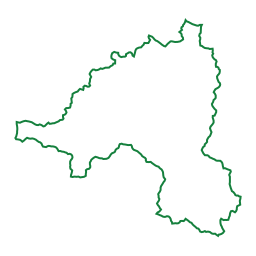 the district of Ouro Preto, Minas Gerais, Brazil
{"feature_id": "56859067B58463943509301", "entity_name": "Ouro Preto", "entity_type": "district", "adm_level": 2, "iso_a3": "BRA", "parent_name": "Brazil", "parent_adm1": "Minas Gerais", "projection": "albers", "projection_center": [-43.625, -20.396], "detail": "fine", "context": "isolated", "style": "outline", "palette": "green", "viewbox_px": 256, "rotation_deg": 0, "n_neighbors": 0, "source": "geoboundaries", "source_scale": "gbopen_adm2", "svg_char_len": 5808}
<svg xmlns="http://www.w3.org/2000/svg" viewBox="0 0 256 256"><path d="M22.3,141.7L23.9,140.6L25.6,138.9L27.1,137.8L29.0,138.5L30.9,138.7L32.1,138.4L33.9,138.8L35.9,139.7L37.3,140.9L38.9,142.0L40.1,142.3L41.5,143.5L42.2,145.3L43.0,146.6L46.1,147.1L47.2,146.4L48.4,145.9L49.8,146.0L51.2,146.4L52.9,146.4L54.7,146.8L55.9,147.3L57.1,148.5L58.6,151.1L60.3,151.0L62.0,151.6L63.8,151.8L65.2,152.4L66.5,152.7L68.0,154.1L69.7,153.8L71.1,154.4L72.1,155.5L72.5,157.2L72.1,158.6L71.1,159.8L70.2,161.4L70.1,163.8L70.4,165.4L70.1,166.7L70.4,168.7L72.2,170.4L71.9,172.0L71.5,173.6L71.0,175.0L70.9,176.6L72.5,177.0L74.4,176.6L76.4,176.8L78.5,176.6L80.2,177.4L84.1,176.8L85.8,175.8L85.8,173.9L86.1,172.1L85.9,170.2L87.1,169.2L89.1,168.8L90.2,167.4L90.3,166.0L89.9,164.4L89.9,162.4L90.7,161.3L91.3,159.8L93.5,157.9L95.4,156.8L97.6,157.4L99.2,158.1L100.4,158.3L101.9,158.3L103.3,159.0L106.5,158.8L108.5,157.9L109.8,156.2L110.8,154.5L112.1,153.2L113.7,152.6L114.9,151.8L115.7,149.7L117.0,148.6L118.3,148.1L118.9,146.9L119.2,145.3L119.8,144.1L121.7,143.7L123.1,144.3L125.1,144.5L128.2,145.1L131.0,144.9L131.8,146.0L132.1,147.6L132.8,148.8L133.8,149.8L137.4,151.2L138.6,152.3L141.2,154.5L142.1,156.0L143.5,157.0L145.1,157.9L145.9,159.0L145.8,160.4L146.5,161.9L148.6,162.1L150.7,161.9L152.1,163.1L155.6,165.6L157.2,166.3L158.6,166.7L159.8,168.2L161.6,169.5L162.4,170.8L163.0,172.2L163.3,175.5L163.7,177.3L165.2,179.2L164.6,180.9L163.7,181.9L162.1,184.6L161.1,186.1L160.6,187.6L160.6,189.9L159.9,191.6L159.1,192.6L158.2,194.1L158.6,195.8L158.6,197.5L159.4,199.0L158.9,200.6L157.9,202.0L157.0,203.5L158.0,205.3L158.9,206.2L159.8,208.0L161.0,209.5L160.1,210.7L159.1,211.7L157.6,212.4L156.5,213.8L158.5,214.5L160.0,215.2L161.4,215.7L162.7,216.5L164.2,216.9L165.5,216.8L166.9,216.2L168.7,216.5L169.9,217.6L170.7,219.1L171.0,220.8L171.9,222.0L172.2,223.6L175.6,223.2L176.8,223.4L178.1,223.3L179.6,222.4L180.4,221.0L182.0,220.9L183.7,221.1L184.7,220.1L185.6,218.8L188.4,220.8L189.9,222.2L191.5,222.8L192.7,224.5L194.1,225.8L195.4,226.8L196.9,228.3L198.4,228.6L199.3,229.8L200.1,231.5L201.6,232.1L203.3,231.8L204.9,231.1L206.0,231.9L208.0,231.6L209.9,232.0L210.9,232.8L212.1,233.6L213.4,233.8L215.1,233.7L216.5,234.8L218.1,235.9L218.8,234.6L220.1,234.4L221.5,233.9L223.1,232.8L224.2,231.2L223.1,229.5L222.2,227.9L221.7,226.4L221.0,225.3L220.5,223.4L220.4,221.9L220.4,220.1L221.2,218.7L223.6,220.1L224.9,219.9L226.6,220.0L228.3,219.8L229.2,216.9L229.8,215.7L229.9,214.4L230.2,213.0L231.0,211.2L232.5,210.9L235.0,212.3L236.1,211.1L236.8,209.4L236.8,208.0L237.2,206.2L240.2,204.7L239.8,200.9L240.4,198.7L240.6,196.7L239.0,196.3L237.9,195.5L236.6,195.6L235.4,195.1L234.7,193.7L233.4,192.1L231.9,191.1L231.4,189.6L230.8,188.1L229.6,184.0L229.9,182.2L229.9,176.7L229.2,174.9L229.9,173.4L230.8,171.7L230.4,170.3L227.8,169.4L225.0,168.2L223.5,168.4L222.8,165.9L222.6,164.3L222.2,162.9L221.4,161.7L220.3,160.8L216.9,160.7L215.7,160.3L214.6,159.4L213.0,158.8L211.4,158.0L209.6,157.3L208.7,156.0L207.6,155.3L204.9,155.2L203.4,153.4L201.7,150.1L202.4,148.4L203.2,147.0L204.6,146.0L204.8,144.3L206.0,143.2L207.1,141.9L207.0,140.1L207.6,138.8L208.6,137.2L209.9,136.1L210.6,134.6L211.5,132.1L210.7,130.4L210.0,128.3L210.5,126.7L212.6,124.2L213.6,122.6L213.6,120.6L212.7,117.6L212.8,115.9L214.6,115.6L216.2,112.1L216.2,110.4L214.6,108.9L213.3,107.2L212.3,105.7L211.9,104.0L213.1,102.0L213.6,100.0L214.7,99.1L215.7,97.9L215.7,95.4L214.9,93.7L213.7,92.2L214.4,90.8L215.4,89.2L218.1,87.7L219.2,86.8L220.0,85.5L220.2,84.3L219.8,83.0L218.6,81.9L217.2,78.3L217.0,76.5L217.8,75.2L218.7,74.3L219.5,73.1L219.8,71.5L219.8,69.9L218.8,69.1L218.4,67.6L217.4,66.9L216.1,66.9L215.8,65.6L215.8,63.7L216.6,61.5L215.8,60.0L214.6,59.4L213.5,58.2L212.7,57.1L212.2,55.2L213.2,53.7L212.5,52.4L212.8,50.6L212.6,48.7L209.7,49.0L208.5,48.4L207.0,48.3L204.9,48.0L203.3,47.1L202.2,46.1L200.3,45.5L200.0,42.6L199.7,40.9L200.2,39.4L200.3,37.7L199.2,35.9L199.7,33.9L200.7,32.9L201.0,26.7L201.8,24.9L199.8,24.9L198.2,25.7L196.9,25.6L195.6,25.2L192.3,24.1L190.9,23.3L189.7,22.7L188.5,22.0L186.7,21.4L185.6,20.1L185.0,22.2L184.0,24.1L183.1,25.0L182.9,26.3L181.5,27.3L181.3,28.7L182.0,29.9L180.9,30.8L179.4,32.0L180.8,33.1L181.6,34.2L181.7,36.1L182.9,37.6L183.1,39.4L180.1,41.4L177.5,41.9L175.0,42.0L171.7,41.3L170.5,41.4L167.7,43.8L165.4,46.4L164.1,46.1L161.7,44.5L160.7,43.6L158.3,41.8L157.1,41.0L155.7,40.5L154.4,39.3L153.3,37.9L152.0,36.7L150.4,36.1L149.0,35.5L148.5,36.8L149.0,38.4L150.1,39.9L148.4,43.0L146.3,43.1L144.4,42.9L143.6,44.7L142.4,45.8L141.2,47.3L139.0,47.6L137.2,48.3L136.0,49.3L135.4,50.7L135.0,52.6L133.9,56.5L132.6,55.6L132.0,53.5L130.5,52.3L129.0,52.4L127.6,53.3L126.0,54.2L126.0,55.9L124.9,56.7L123.2,56.7L121.2,57.1L119.4,56.1L118.3,54.4L118.2,52.8L116.3,52.6L114.2,51.9L112.2,53.2L111.5,55.2L111.3,56.8L111.6,58.3L113.4,59.6L115.2,60.2L115.1,63.5L113.3,63.6L112.6,65.2L110.7,66.1L109.0,67.6L105.3,67.7L104.0,68.3L102.2,68.9L100.6,68.4L99.5,69.2L97.7,70.0L95.6,70.3L94.5,69.6L92.8,69.6L91.5,70.9L90.5,72.2L89.6,74.0L91.2,76.9L90.1,78.9L89.9,81.6L89.2,83.5L90.1,85.6L88.9,86.7L87.5,86.7L86.3,86.0L84.7,85.7L83.4,86.9L83.6,88.4L83.2,89.9L80.0,88.9L78.8,90.0L77.7,91.5L75.4,92.3L73.6,93.2L72.5,94.1L72.5,95.7L72.3,97.1L71.3,98.4L71.8,102.8L70.6,103.8L70.6,105.6L70.1,107.5L68.4,108.0L66.2,108.1L64.9,109.4L66.0,111.0L66.5,112.4L65.9,113.6L64.7,114.7L63.0,115.2L63.0,117.0L63.5,118.6L62.6,119.7L59.9,120.1L58.7,121.3L55.6,122.6L54.4,123.2L52.7,123.3L51.0,123.7L49.5,123.8L48.5,122.6L47.4,123.4L44.7,126.1L43.3,126.4L41.6,125.1L39.7,124.4L38.2,125.1L36.7,125.0L35.2,124.4L31.7,122.2L28.6,121.4L27.3,121.2L25.6,120.8L23.7,121.2L21.5,122.0L20.0,122.7L18.6,122.5L16.7,122.0L16.7,124.0L17.1,126.1L17.3,128.0L17.3,129.6L17.1,131.4L17.1,133.0L16.2,136.5L15.4,138.0L16.1,139.2L17.9,139.4L20.0,139.8L21.3,140.7L22.3,141.7Z" fill="none" stroke="#15803d" stroke-width="2"/></svg>